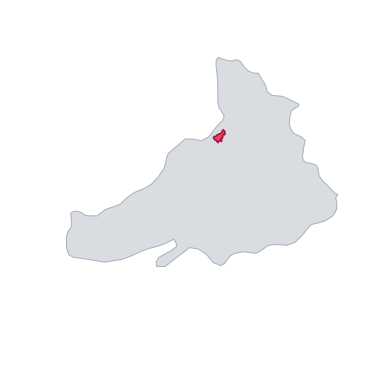 Sabana Yegua, Azua, Dominican Republic shown in context, rotated 147°
{"feature_id": "3306468B31402927654959", "entity_name": "Sabana Yegua", "entity_type": "district", "adm_level": 2, "iso_a3": "DOM", "parent_name": "Dominican Republic", "parent_adm1": "Azua", "projection": "robinson", "projection_center": [-70.887, 18.416], "detail": "fine", "context": "in_parent", "style": "filled", "palette": "rose", "viewbox_px": 384, "rotation_deg": 147, "n_neighbors": 0, "source": "geoboundaries", "source_scale": "gbopen_adm2", "svg_char_len": 3374}
<svg xmlns="http://www.w3.org/2000/svg" viewBox="0 0 384 384"><g transform="rotate(147 192 192)"><path d="M71.8,255.6L72.2,241.3L74.2,235.5L72.4,229.5L64.0,223.0L59.0,214.7L54.5,207.3L55.5,206.2L64.5,205.9L67.7,203.2L73.8,195.6L75.0,189.5L74.5,184.9L70.6,179.5L69.0,173.7L73.9,168.6L80.3,161.2L81.2,158.4L81.0,155.6L73.6,147.8L73.1,144.5L76.6,136.1L76.3,130.5L72.8,113.1L71.2,110.5L74.5,109.0L76.7,103.8L79.6,99.2L83.5,96.7L87.8,95.2L96.5,95.3L108.5,99.3L111.9,99.3L123.5,95.6L133.1,93.6L142.1,95.9L145.7,99.0L153.2,104.0L156.9,105.5L168.7,105.4L171.9,105.9L181.8,114.1L190.1,117.4L194.9,117.6L203.6,114.4L207.9,114.5L212.8,121.6L213.8,131.6L217.9,140.8L224.2,146.7L255.3,144.2L262.3,149.1L259.9,153.0L255.5,155.2L240.7,154.2L234.3,154.7L233.0,158.7L233.0,162.4L241.6,163.2L250.1,165.1L258.8,168.1L267.6,170.1L277.4,171.4L287.2,173.5L303.5,180.8L321.5,197.2L326.3,201.0L329.5,206.1L328.1,212.5L321.7,222.9L318.0,226.2L312.7,228.2L309.1,232.5L305.6,239.8L303.5,240.4L301.0,240.1L296.6,236.0L293.5,229.6L284.8,223.7L274.5,224.5L259.3,220.9L250.1,222.6L240.9,223.0L231.5,221.2L222.0,220.6L212.6,222.9L203.4,226.7L200.0,229.1L194.1,235.0L191.0,237.2L168.7,240.2L162.3,235.8L156.3,229.9L147.7,229.1L135.3,233.7L127.5,235.3L124.4,237.3L123.4,239.6L123.4,247.9L121.6,252.9L109.5,271.9L102.7,285.4L99.8,289.5L96.6,290.4L90.6,282.7L86.8,279.9L82.1,278.5L80.1,274.4L80.2,268.6L78.9,262.9L76.0,258.5L71.8,255.6Z" fill="#d9dde1" stroke="#a8b0b8" stroke-width="1"/><path d="M143.2,219.3L143.0,219.5L142.8,219.6L142.6,219.8L142.3,219.9L142.2,219.9L141.9,219.9L141.6,219.7L141.4,219.6L141.2,219.5L140.9,219.4L140.5,219.2L140.1,219.1L139.8,219.0L139.5,218.9L139.4,218.8L139.2,218.8L139.2,218.7L139.1,218.8L139.0,219.0L139.1,219.4L139.2,219.6L139.2,219.9L139.2,220.4L139.3,220.5L139.4,220.8L139.2,220.9L139.0,220.6L138.8,220.6L138.5,220.5L138.3,220.4L138.1,220.4L137.7,220.4L137.4,220.4L137.4,220.5L137.2,220.6L137.2,220.8L137.3,221.0L137.2,221.2L137.2,221.3L136.8,221.4L136.5,221.4L136.3,221.4L136.2,221.4L136.0,221.5L135.9,221.6L135.8,221.8L135.8,222.1L135.8,222.3L135.7,222.3L135.4,222.5L135.2,222.6L134.9,222.8L134.6,222.9L134.3,223.0L134.2,223.0L134.0,222.9L133.9,222.9L133.8,222.7L133.7,222.5L133.7,222.4L133.4,222.3L133.2,222.3L132.9,222.4L132.8,222.5L132.7,222.6L132.7,222.8L132.5,223.0L132.4,223.3L132.1,223.7L132.1,223.8L132.0,224.0L131.8,224.3L131.8,224.5L131.7,224.7L131.6,224.8L131.6,225.0L131.6,225.3L131.6,225.8L131.6,226.1L131.8,226.5L131.9,227.0L132.1,226.9L132.3,227.0L132.5,227.0L132.9,227.0L133.2,226.9L133.5,226.7L133.7,226.4L133.8,226.2L134.0,226.1L134.2,225.9L134.5,225.8L134.7,225.7L135.1,225.7L135.3,225.7L135.6,225.5L135.9,225.5L136.0,225.5L136.3,225.5L136.5,225.6L136.8,225.7L137.1,225.8L137.4,225.9L137.5,226.0L137.8,225.9L138.1,225.8L138.3,225.8L138.6,226.0L139.0,226.0L139.4,226.2L139.6,226.2L139.8,226.2L140.0,226.1L140.2,225.9L140.3,225.8L140.5,225.8L141.7,225.8L141.9,225.8L142.1,225.8L142.3,226.0L142.6,226.0L142.8,226.4L142.9,226.5L143.0,226.5L143.4,226.5L143.5,226.4L143.9,226.2L144.0,226.1L144.3,226.0L144.3,225.9L144.5,225.7L144.5,225.4L144.6,225.2L144.5,224.1L144.6,223.8L144.6,223.5L144.5,223.4L144.4,223.1L144.3,222.9L144.2,222.8L144.1,222.6L143.7,222.2L143.5,221.9L143.4,221.7L143.4,221.3L143.4,221.1L143.5,220.9L143.6,220.7L143.6,220.4L143.6,220.2L143.5,219.9L143.4,219.7L143.2,219.3Z" fill="#f43f5e" stroke="#9f1239" stroke-width="1.5"/></g></svg>